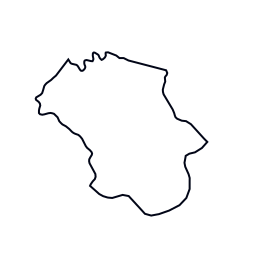 SVG path tracing the border of Krapinsko-Zagorska, rotated 223°
{"feature_id": "HRV-1582", "entity_name": "Krapinsko-Zagorska", "entity_type": "County", "adm_level": 1, "iso_a3": "HRV", "parent_name": "Croatia", "parent_adm1": "", "projection": "albers", "projection_center": [16.026, 46.085], "detail": "fine", "context": "isolated", "style": "outline", "palette": "ink", "viewbox_px": 256, "rotation_deg": 223, "n_neighbors": 0, "source": "natural_earth", "source_scale": "10m", "svg_char_len": 1909}
<svg xmlns="http://www.w3.org/2000/svg" viewBox="0 0 256 256"><g transform="rotate(223 128 128)"><path d="M94.6,63.9L95.6,63.2L99.7,61.2L104.0,60.1L116.3,59.8L116.9,61.5L117.4,64.9L117.4,68.0L118.4,70.2L120.5,72.1L132.1,76.0L133.8,77.2L135.0,78.7L135.7,81.4L136.1,83.5L136.8,84.8L138.1,85.5L140.6,85.8L144.4,85.6L146.6,86.0L154.2,88.8L157.2,89.2L159.6,89.1L162.8,87.7L164.5,87.2L166.4,87.0L170.4,87.2L174.6,86.9L178.4,85.9L180.5,85.9L182.9,86.1L186.8,87.8L191.8,87.9L193.3,87.2L194.9,86.2L196.3,84.5L198.5,80.9L199.8,79.2L201.7,78.1L203.3,78.2L205.0,80.0L206.1,81.7L207.5,84.6L209.1,85.8L211.1,86.2L214.5,85.9L215.5,86.5L216.0,87.8L214.6,92.7L214.6,95.0L215.9,97.8L217.7,101.3L217.9,101.8L218.1,103.3L218.1,105.3L217.0,110.6L216.8,114.0L216.4,117.2L218.4,137.4L214.6,136.4L214.1,136.3L213.7,136.4L212.6,136.8L208.8,139.0L207.9,139.1L206.8,139.0L202.9,137.9L201.6,137.8L200.6,138.4L200.0,139.7L200.1,142.0L200.6,143.2L201.4,144.0L203.0,144.7L204.0,145.4L204.7,146.1L205.5,147.1L205.5,148.3L204.6,149.5L200.5,151.8L199.5,152.7L200.0,154.3L200.5,155.0L203.0,156.8L203.8,157.7L204.6,158.7L204.6,159.7L203.8,160.4L201.1,161.0L199.9,161.2L199.0,161.1L197.4,160.3L196.3,159.9L195.2,159.8L194.3,159.8L193.8,159.8L193.5,160.4L193.2,161.3L193.0,163.7L193.3,164.9L193.6,165.8L195.1,167.1L195.5,167.6L195.7,168.0L194.9,169.0L194.1,169.8L186.0,173.0L182.0,173.3L178.8,176.2L173.7,177.7L139.5,196.2L136.8,195.0L135.9,193.2L135.8,191.0L135.4,190.0L132.4,187.3L131.3,184.5L128.7,179.8L127.0,178.2L124.9,176.9L107.9,172.0L104.4,170.4L102.1,169.0L100.6,168.3L98.4,168.3L93.7,170.0L90.2,172.6L84.6,173.7L65.3,172.1L60.5,171.9L60.3,163.8L62.4,155.9L65.6,151.1L66.8,147.0L65.4,144.9L63.0,141.1L59.7,138.7L52.1,135.5L48.8,133.5L46.7,131.2L41.3,125.4L37.6,116.6L37.7,106.7L41.6,95.7L46.7,86.0L47.7,84.7L51.3,79.8L57.1,76.8L61.7,77.2L81.1,78.7L86.3,75.4L91.8,66.1L94.6,63.9Z" fill="none" stroke="#020617" stroke-width="2"/></g></svg>